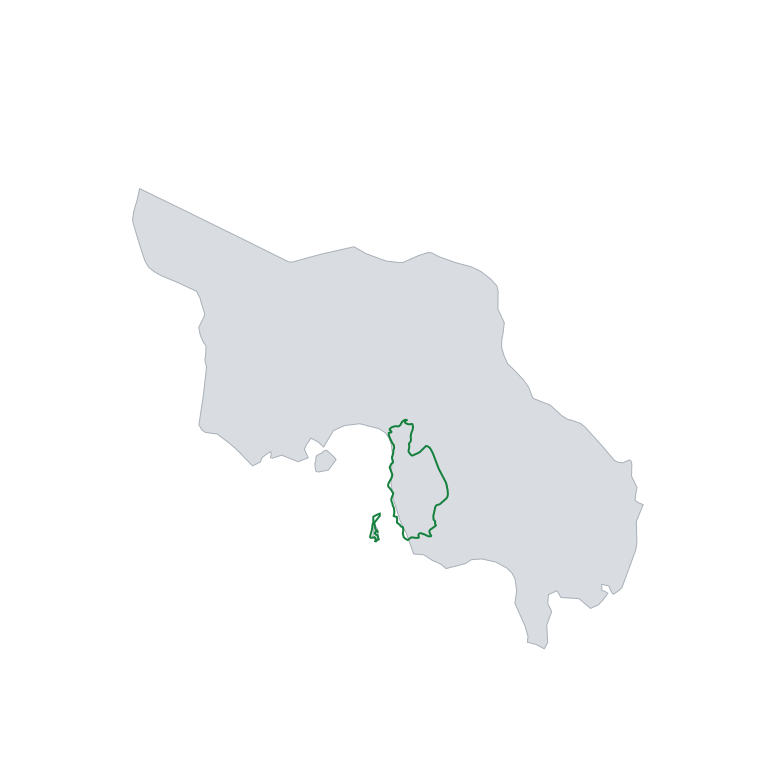 where Sfax sits in Tunisia, rotated 128°
{"feature_id": "TUN-114", "entity_name": "Sfax", "entity_type": "Governorate", "adm_level": 1, "iso_a3": "TUN", "parent_name": "Tunisia", "parent_adm1": "", "projection": "albers", "projection_center": [10.434, 34.714], "detail": "fine", "context": "in_parent", "style": "outline", "palette": "green", "viewbox_px": 768, "rotation_deg": 128, "n_neighbors": 0, "source": "natural_earth", "source_scale": "10m", "svg_char_len": 5555}
<svg xmlns="http://www.w3.org/2000/svg" viewBox="0 0 768 768"><g transform="rotate(128 384 384)"><path d="M529.3,437.1L529.2,439.4L526.8,456.2L526.2,462.2L525.9,472.4L526.1,484.6L532.1,494.9L532.3,499.5L530.1,504.7L519.2,510.9L505.1,518.8L493.0,526.2L479.7,534.4L475.6,539.7L469.0,543.7L463.5,547.8L462.5,551.6L458.6,558.9L453.5,564.8L440.8,567.5L438.4,569.3L432.5,578.1L429.8,581.5L426.4,588.7L430.6,607.4L435.9,626.7L437.0,634.7L436.9,641.4L433.9,648.6L427.0,658.9L421.9,666.4L412.2,680.0L409.3,683.3L402.6,687.2L389.6,692.4L380.5,696.9L376.1,676.2L372.3,658.4L369.2,643.8L363.8,618.0L359.2,596.1L354.7,574.3L350.6,554.4L346.5,534.5L344.7,531.6L331.8,522.0L319.9,513.1L307.6,503.0L294.3,492.1L292.4,478.6L285.9,458.2L278.9,446.7L276.2,443.7L261.8,436.0L253.5,430.4L251.3,427.2L249.8,418.9L244.3,402.3L237.9,387.2L235.7,377.1L235.7,364.4L237.3,355.3L240.4,351.4L254.8,340.4L261.7,326.9L269.9,321.9L277.0,318.2L282.8,313.9L287.9,306.7L291.9,299.1L292.8,290.7L294.7,277.5L297.4,268.3L303.5,257.9L301.2,249.4L298.3,240.2L299.5,224.5L298.9,218.1L296.5,212.3L294.1,205.0L294.1,199.0L296.9,183.1L299.1,171.0L302.4,155.3L301.4,150.9L299.3,147.5L292.7,143.9L292.7,141.8L294.4,139.5L304.3,132.1L309.8,120.9L314.3,118.6L321.1,114.7L320.9,110.2L319.5,105.5L337.0,100.5L353.7,86.8L359.6,83.5L398.1,71.1L403.0,72.0L408.6,73.9L407.0,78.7L404.7,82.5L407.9,89.2L412.6,85.1L411.4,82.4L411.2,78.7L419.1,78.5L426.0,79.1L433.7,83.1L433.1,98.2L443.3,113.1L440.4,120.4L448.8,124.8L456.3,119.6L460.0,111.8L473.8,107.3L486.8,95.9L494.0,94.7L495.7,104.0L499.2,112.1L494.3,115.0L488.0,123.7L476.2,145.8L465.1,152.3L456.9,160.8L454.2,166.8L453.4,173.8L455.5,186.4L461.6,199.2L468.6,206.9L475.4,209.3L491.2,221.4L491.0,228.6L493.2,237.2L494.2,247.7L499.7,256.0L488.0,274.3L481.6,287.5L469.0,305.7L457.7,317.5L433.4,334.9L427.4,340.7L423.5,346.8L421.6,353.0L422.3,360.4L430.2,378.6L440.9,389.4L451.9,395.2L470.8,392.8L470.2,399.8L471.6,408.2L479.3,407.8L484.5,406.5L488.8,398.3L498.1,403.8L503.1,420.8L511.0,426.1L511.9,428.1L509.2,429.4L507.0,431.4L509.4,432.7L517.0,434.8L521.6,433.4L529.3,437.1ZM488.7,389.8L486.8,390.3L483.3,392.7L481.4,392.9L476.1,390.3L474.0,390.3L471.5,388.4L472.3,378.1L473.1,375.2L486.1,374.8L493.1,380.9L494.3,382.5L494.6,384.3L491.3,387.7L488.7,389.8ZM511.5,298.8L500.3,305.2L502.4,299.7L509.7,292.9L511.6,294.5L511.5,298.8Z" fill="#d9dde1" stroke="#a8b0b8" stroke-width="1"/><path d="M492.3,269.1L492.8,271.5L492.5,274.2L490.1,277.3L487.3,278.7L485.3,281.0L485.8,283.1L485.2,284.9L485.2,288.4L482.3,290.6L481.7,291.3L481.2,291.7L480.9,292.2L481.7,293.9L482.0,295.1L479.4,296.4L477.7,297.7L475.3,300.3L474.2,302.6L472.8,303.9L472.1,305.4L470.9,306.9L469.7,307.6L464.9,309.2L464.2,309.7L464.0,310.3L463.8,311.2L463.5,312.3L462.9,313.2L462.8,314.9L462.3,315.9L462.2,317.5L461.1,318.5L459.5,319.3L452.7,320.4L450.2,321.7L446.3,328.2L442.8,329.1L442.1,329.0L441.4,328.7L440.6,328.6L439.8,329.0L439.3,329.4L439.0,330.0L437.5,332.0L436.8,332.7L435.8,332.9L432.4,334.4L430.9,335.6L428.0,336.7L426.2,338.6L425.3,341.4L422.7,346.6L421.1,349.1L420.1,349.5L419.5,350.1L417.9,348.7L417.7,348.6L417.2,348.6L416.9,348.9L416.8,349.3L416.7,349.7L416.7,350.7L416.7,351.0L416.6,351.3L416.3,351.6L415.9,351.7L415.3,351.7L413.7,351.4L412.4,350.7L411.0,349.7L409.9,348.7L409.0,347.2L408.4,346.5L407.9,346.2L407.3,346.0L406.1,345.9L405.4,346.0L404.1,346.3L402.5,346.4L402.2,346.4L401.3,346.2L400.1,345.7L399.4,345.4L398.8,344.7L397.9,343.4L399.3,344.1L399.9,344.3L400.2,344.4L400.5,344.4L400.8,344.3L401.1,344.2L401.4,343.9L401.5,343.3L401.4,342.4L401.3,341.8L401.2,341.4L400.7,340.1L400.3,339.4L399.8,338.8L398.6,337.7L398.4,337.4L398.2,337.1L398.3,336.7L398.6,336.2L399.3,335.4L400.2,334.5L402.2,333.4L406.6,332.0L408.0,331.2L408.7,330.8L411.4,328.4L411.9,328.1L412.5,327.8L412.8,327.7L413.5,327.6L415.2,327.7L415.5,327.6L415.9,327.5L416.2,327.2L417.3,325.9L417.9,325.4L421.4,323.6L421.7,323.4L422.0,323.1L422.2,322.8L422.4,322.3L422.6,321.8L423.0,320.3L423.3,318.7L423.2,318.3L423.2,318.0L422.8,317.5L422.5,317.3L416.7,314.3L415.1,313.8L407.2,312.8L407.0,312.7L406.8,312.5L406.7,312.2L406.5,311.9L406.1,310.1L406.1,309.2L406.3,308.0L406.6,307.3L407.1,305.9L408.7,302.5L417.1,288.7L422.8,276.1L423.3,275.0L424.7,272.9L428.5,268.5L431.4,265.9L432.9,265.0L433.8,264.6L435.6,264.4L443.9,265.9L444.5,266.1L444.8,266.3L446.8,267.7L447.4,268.0L447.8,268.1L448.4,268.0L449.4,267.8L457.4,264.0L458.8,262.9L460.0,261.8L460.3,261.4L460.4,261.2L460.5,260.9L460.5,260.2L460.5,259.8L460.6,259.5L460.7,259.2L460.9,258.9L462.2,258.1L462.6,257.9L462.8,257.6L462.9,257.3L463.1,256.7L463.2,256.4L463.4,256.2L463.7,256.0L464.0,256.0L470.4,257.9L471.3,257.9L472.1,257.5L472.4,257.2L472.7,256.9L473.0,256.6L473.5,255.9L474.6,253.4L474.9,253.3L475.4,253.6L476.2,254.6L476.7,255.4L476.9,255.9L477.5,259.1L477.8,260.0L478.7,262.7L479.1,263.4L479.5,263.8L480.1,264.1L481.1,264.1L481.7,264.0L482.1,263.7L483.0,262.5L483.3,262.2L483.7,262.1L484.2,262.4L485.0,263.3L485.8,264.4L487.8,267.8L488.8,268.4L492.2,269.1L492.3,269.1ZM510.6,297.1L511.2,297.3L511.6,298.0L513.4,299.8L512.9,301.0L505.8,304.0L502.2,306.3L500.9,306.8L500.2,305.3L501.2,304.1L502.4,303.0L503.7,301.1L503.9,299.9L503.8,299.3L503.9,298.5L504.4,298.1L504.6,299.0L505.7,299.7L507.4,299.4L507.6,297.4L507.1,296.4L507.6,295.2L508.5,294.4L509.0,293.4L509.7,292.5L510.9,293.2L513.0,293.5L513.3,294.2L511.4,294.9L511.2,295.5L510.7,296.0L510.6,297.1ZM488.8,307.5L489.5,306.9L490.4,306.2L498.7,306.2L499.4,307.2L498.3,308.3L495.4,310.6L494.0,310.3L492.6,309.6L490.2,308.4L488.8,307.5Z" fill="none" stroke="#15803d" stroke-width="2"/></g></svg>